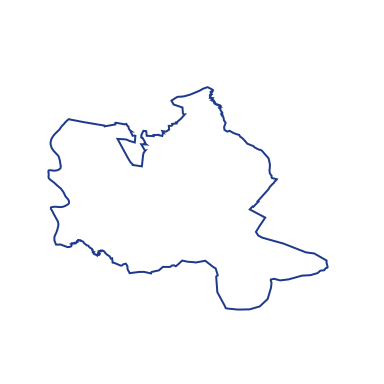 Kauguru pag., Beverinas, Latvia, rotated 13°
{"feature_id": "27541924B64274415007914", "entity_name": "Kauguru pag.", "entity_type": "district", "adm_level": 2, "iso_a3": "LVA", "parent_name": "Latvia", "parent_adm1": "Beverinas", "projection": "natural_earth1", "projection_center": [25.472, 57.49], "detail": "fine", "context": "isolated", "style": "outline", "palette": "blue", "viewbox_px": 384, "rotation_deg": 13, "n_neighbors": 0, "source": "geoboundaries", "source_scale": "gbopen_adm2", "svg_char_len": 5926}
<svg xmlns="http://www.w3.org/2000/svg" viewBox="0 0 384 384"><g transform="rotate(13 192 192)"><path d="M189.3,87.9L188.3,87.5L184.7,86.6L183.8,86.4L183.1,86.6L179.4,89.0L176.5,91.7L168.5,97.4L163.3,100.3L160.8,101.3L157.1,102.3L155.8,103.1L151.4,107.6L154.4,110.9L163.7,111.8L165.4,117.2L166.4,118.3L167.5,118.0L164.8,123.0L161.7,127.2L161.8,127.5L160.8,127.8L161.4,128.7L157.4,130.1L157.9,130.8L157.4,131.9L156.5,132.3L154.5,132.8L155.7,136.3L153.0,139.1L149.5,139.3L150.9,140.7L150.2,140.6L150.5,141.1L150.5,141.6L150.4,144.1L147.0,144.1L146.8,143.8L141.5,145.2L141.5,145.4L142.0,146.2L135.2,147.4L133.7,143.0L130.9,143.3L129.8,147.9L130.0,148.1L130.1,149.8L130.5,149.8L130.8,150.5L131.7,150.5L134.2,153.1L135.4,154.6L134.8,154.9L134.7,155.2L136.7,156.0L131.8,156.9L136.8,162.2L137.3,162.0L136.8,162.9L136.1,164.7L136.0,166.8L137.4,178.3L128.1,179.0L128.0,178.4L125.9,177.2L124.4,175.9L121.1,172.4L107.5,157.0L116.0,155.6L119.8,156.3L125.1,156.6L124.2,150.0L123.3,149.9L121.5,150.6L118.5,146.8L118.6,146.6L119.3,146.5L118.0,146.0L117.1,145.4L116.2,144.5L115.3,142.5L114.4,142.2L112.6,140.4L111.1,141.3L110.8,141.2L103.2,141.6L102.5,141.8L102.1,141.7L101.7,142.1L102.1,143.4L92.1,147.7L91.7,147.0L70.2,148.3L56.7,148.8L55.8,148.6L54.9,149.5L52.8,152.7L51.7,155.0L50.3,157.1L48.7,161.1L45.4,166.2L44.0,169.1L43.1,172.0L43.0,175.0L43.4,177.1L43.8,177.9L45.3,180.6L47.6,182.8L53.4,186.7L53.9,187.2L55.4,189.6L56.6,192.0L57.1,193.6L58.4,196.4L58.5,198.4L57.2,200.2L55.7,201.2L54.4,201.8L52.6,202.3L50.3,202.5L48.0,202.9L47.5,203.3L47.4,203.7L47.4,204.1L48.5,207.3L48.8,209.6L49.0,210.2L49.5,210.9L51.6,212.2L54.8,213.5L59.6,216.2L63.5,218.2L66.6,220.9L68.0,222.5L69.5,224.5L73.2,227.3L73.9,228.2L74.3,229.0L74.5,230.0L74.5,230.9L74.2,231.7L71.8,233.9L70.0,235.2L68.5,235.9L66.7,236.4L61.6,237.2L58.9,238.2L58.2,238.6L58.0,239.0L58.2,239.9L58.5,240.4L59.9,241.7L62.3,244.6L67.8,250.7L68.6,252.2L69.1,253.6L69.3,254.7L69.3,258.3L68.9,262.2L68.1,265.8L68.2,267.6L68.9,270.3L71.3,273.8L73.6,273.4L75.4,272.7L83.1,273.7L85.2,273.0L86.5,272.1L86.7,271.3L86.4,270.2L85.8,269.9L86.4,269.4L86.9,269.4L87.2,269.2L88.5,268.8L88.1,268.6L88.6,268.5L88.6,268.1L89.1,267.9L89.2,268.4L90.3,268.1L90.6,267.2L90.9,267.0L90.7,266.9L90.8,266.6L91.4,266.6L91.5,266.5L91.3,266.3L91.6,265.9L91.2,265.5L91.7,264.9L91.7,264.5L92.0,264.4L92.1,264.6L92.3,264.6L93.4,264.2L93.5,264.5L94.0,264.6L94.1,264.3L95.0,264.4L95.2,264.6L96.8,264.8L97.3,265.0L98.2,266.0L101.0,267.4L101.6,267.6L102.8,267.6L103.3,267.8L104.1,268.6L104.6,268.9L105.8,269.5L107.2,269.8L107.5,270.4L107.9,270.5L107.8,271.0L109.0,272.1L108.7,272.2L108.7,272.4L109.0,272.4L109.0,272.8L109.5,272.7L109.3,273.0L109.7,273.3L109.7,273.7L109.9,274.0L110.2,273.8L110.5,274.1L110.9,274.0L111.1,274.5L111.5,274.5L112.0,274.8L113.0,274.6L113.2,274.9L113.8,275.2L113.8,274.9L114.2,274.8L114.3,274.3L115.0,274.2L115.5,274.3L115.8,274.1L116.0,273.1L115.5,273.1L115.4,272.8L115.1,272.8L115.3,272.6L114.7,272.6L114.4,272.4L114.5,272.3L114.9,272.3L115.0,272.0L114.9,271.9L114.9,271.6L114.5,271.6L114.3,270.7L115.2,270.5L115.6,270.0L115.8,270.0L116.1,269.7L116.4,270.0L116.6,270.0L116.9,269.9L116.7,269.7L117.0,269.6L116.9,269.4L118.0,269.1L119.9,269.7L121.0,270.8L123.2,272.1L126.4,273.3L127.9,275.2L129.1,274.6L130.6,278.7L131.9,278.5L138.7,279.7L139.6,279.7L140.5,279.1L141.2,278.0L143.6,276.7L145.0,278.0L145.8,279.0L146.1,279.5L146.2,280.9L147.3,282.7L148.6,283.9L149.4,285.1L149.8,285.0L158.4,281.8L162.0,280.9L163.8,280.6L170.4,280.6L170.6,279.0L177.4,275.8L180.5,271.5L187.4,270.0L189.2,268.0L191.0,267.5L192.9,268.0L194.7,265.7L197.9,261.0L203.7,260.9L210.1,259.9L211.4,259.9L220.4,256.0L228.9,260.0L232.3,261.2L235.8,267.3L235.7,267.6L234.7,268.7L234.6,269.0L239.2,283.9L249.9,296.0L251.0,297.6L252.6,297.6L263.4,296.2L274.5,293.4L283.7,288.3L289.8,279.2L290.5,267.5L289.9,262.6L288.5,260.3L288.5,259.7L288.7,259.4L291.5,258.1L297.8,258.3L305.8,255.4L318.1,248.7L326.1,246.4L332.7,242.7L334.7,239.8L338.4,238.5L339.2,236.4L340.7,235.4L341.0,235.0L341.0,234.5L338.8,230.2L338.7,228.8L338.5,228.5L325.0,224.4L316.6,225.2L292.9,221.7L270.8,220.7L266.7,219.6L266.2,219.4L263.3,216.5L265.5,209.9L269.1,200.5L252.2,196.0L254.2,192.5L255.1,192.7L258.7,186.7L258.8,186.6L258.0,186.3L259.0,184.6L266.0,171.9L266.5,170.0L268.6,166.2L269.4,165.3L270.2,163.3L271.6,161.1L271.8,160.5L266.8,160.4L266.1,159.5L265.9,158.3L263.7,156.4L263.2,155.0L262.5,153.3L262.5,151.7L261.7,147.5L259.0,141.9L254.6,138.8L251.1,136.2L249.5,135.6L247.2,135.6L242.8,134.4L241.6,133.5L235.1,132.5L231.7,130.0L228.6,128.0L226.6,127.3L225.0,125.7L223.1,125.7L219.2,125.2L214.9,123.9L212.8,125.2L209.7,124.2L208.7,121.7L208.9,119.1L209.3,117.2L206.9,114.8L206.2,112.9L205.7,112.1L203.7,110.5L203.6,110.2L204.3,110.0L203.7,109.3L203.4,109.4L203.1,109.3L203.3,109.1L203.2,108.8L203.6,108.4L203.2,107.9L203.4,107.6L202.6,107.1L202.6,106.9L201.4,105.9L201.4,105.6L200.4,104.3L199.9,104.1L200.2,103.9L200.0,103.7L200.4,103.5L200.1,103.2L200.4,102.6L200.7,102.5L200.5,102.4L200.1,102.3L200.3,101.8L199.9,101.8L200.1,101.5L200.0,101.4L199.8,101.4L199.5,101.5L199.3,101.2L198.8,101.3L198.4,101.1L198.2,101.1L198.1,101.5L197.3,101.1L197.2,101.3L197.4,101.5L196.6,101.4L196.3,101.1L196.1,101.3L195.2,101.1L195.1,100.9L194.8,101.0L194.5,100.5L193.8,100.5L193.4,99.9L193.4,99.7L193.7,99.8L193.8,99.6L193.7,99.5L193.4,99.5L193.2,99.3L193.7,99.3L193.9,99.2L193.7,99.0L193.0,99.1L192.7,98.9L192.8,98.7L192.0,98.5L191.7,98.2L191.2,98.4L191.1,98.1L191.3,97.9L191.2,97.9L191.5,97.7L191.1,97.6L190.8,97.4L190.8,97.0L190.9,96.8L190.2,96.7L190.3,96.3L190.8,95.8L189.7,95.7L189.1,96.1L188.5,96.2L188.6,95.9L188.4,95.7L188.5,95.4L187.9,94.6L188.1,94.0L188.3,93.8L187.7,93.6L187.7,93.4L187.9,93.1L188.3,92.9L188.1,92.6L188.5,92.2L189.0,92.1L188.8,91.9L188.8,91.5L188.6,91.5L187.7,90.6L188.3,90.2L187.9,90.1L188.1,89.7L188.8,89.6L188.8,89.3L189.4,89.0L189.5,88.7L189.2,88.6L189.1,88.4L189.3,87.9Z" fill="none" stroke="#1e3a8a" stroke-width="2"/></g></svg>